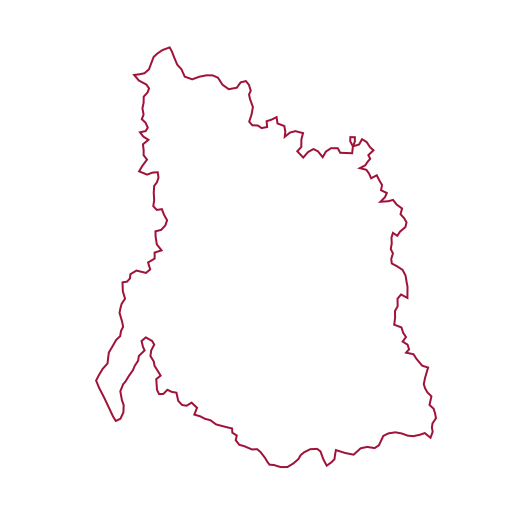 Tamarana, Paraná, Brazil (Mercator projection), rotated 266°
{"feature_id": "56859067B49132852367712", "entity_name": "Tamarana", "entity_type": "district", "adm_level": 2, "iso_a3": "BRA", "parent_name": "Brazil", "parent_adm1": "Paraná", "projection": "mercator", "projection_center": [-51.042, -23.816], "detail": "fine", "context": "isolated", "style": "outline", "palette": "rose", "viewbox_px": 512, "rotation_deg": 266, "n_neighbors": 0, "source": "geoboundaries", "source_scale": "gbopen_adm2", "svg_char_len": 3647}
<svg xmlns="http://www.w3.org/2000/svg" viewBox="0 0 512 512"><g transform="rotate(266 256 256)"><path d="M102.1,183.4L99.9,189.3L97.2,193.6L95.4,199.0L90.8,204.4L87.6,213.8L85.6,220.1L81.3,220.1L78.3,224.3L73.7,222.9L68.8,226.2L67.2,230.8L63.3,238.5L63.2,243.7L59.9,247.0L54.0,250.9L50.3,252.7L46.9,254.9L46.3,259.1L43.7,265.9L43.3,272.6L46.4,278.7L50.5,284.2L54.2,286.6L56.9,290.4L59.5,296.7L59.3,303.6L56.5,306.7L48.8,308.9L41.9,311.9L44.8,316.6L47.8,320.1L52.3,321.0L56.8,322.2L53.3,331.1L51.0,339.5L56.9,347.0L57.8,353.6L56.1,361.0L58.7,365.5L67.6,370.4L69.8,375.7L70.4,382.7L68.8,389.0L66.2,394.8L65.3,400.3L66.2,406.9L67.6,412.0L62.5,417.4L68.3,420.0L72.6,419.5L76.7,420.4L81.6,424.2L86.4,423.7L91.3,422.5L95.3,418.7L103.8,421.2L108.1,417.4L112.1,415.5L116.4,414.4L122.8,416.2L132.7,419.9L135.0,414.1L142.5,408.7L147.0,406.3L149.1,399.0L152.2,402.2L157.0,401.0L160.4,396.3L164.7,400.0L169.0,397.5L174.6,396.1L177.8,389.1L185.1,390.5L191.4,390.8L196.0,393.8L203.5,394.2L207.5,398.0L203.6,404.1L214.8,405.0L218.8,404.5L226.1,403.8L232.0,401.2L235.9,396.0L239.1,390.9L243.6,390.7L249.1,392.8L253.5,390.9L259.0,392.3L264.8,392.4L269.5,394.2L266.3,398.4L270.1,401.2L274.5,407.1L279.1,408.5L283.4,406.4L287.6,403.1L293.2,405.0L297.5,399.9L302.4,396.6L301.4,391.7L301.4,383.9L305.6,388.7L309.7,390.9L312.9,385.3L318.0,386.7L323.1,384.2L328.1,382.1L325.5,376.3L330.2,374.6L334.3,372.1L336.4,365.7L338.8,371.3L342.2,373.9L345.0,376.7L348.8,375.1L353.3,380.6L356.5,377.4L362.0,374.3L365.1,369.9L360.1,366.7L358.6,360.3L351.8,359.1L353.1,347.2L357.8,345.1L358.3,338.4L355.3,333.0L349.9,329.4L356.1,325.1L358.7,320.8L356.1,315.2L350.9,310.0L357.6,304.5L361.6,308.8L369.2,309.4L375.3,311.5L377.8,304.0L376.8,298.6L372.9,293.0L377.9,293.9L383.7,293.3L386.7,286.7L393.1,286.2L390.9,280.9L389.7,276.0L383.9,276.1L383.2,270.5L386.0,267.0L386.7,261.4L390.5,258.6L397.6,261.5L404.8,263.3L412.9,261.0L417.5,260.3L421.3,262.3L427.2,260.9L431.2,258.1L430.3,252.8L425.2,248.6L424.3,240.4L429.2,234.5L436.5,230.5L439.2,225.4L439.7,219.1L438.8,212.1L436.7,204.7L439.9,197.4L447.6,194.6L452.3,190.8L456.6,189.3L461.2,187.8L465.8,186.4L470.1,184.4L467.9,176.9L464.7,171.5L461.7,167.8L455.5,164.9L449.7,162.3L446.1,157.5L445.4,152.3L445.1,147.1L439.2,151.4L434.7,158.6L430.7,161.0L426.8,159.3L422.8,155.1L416.8,154.6L411.3,153.0L404.8,153.7L400.5,151.6L396.7,155.1L391.6,157.0L388.3,154.6L387.5,148.9L383.0,151.9L379.4,156.8L375.3,151.0L369.3,151.3L364.4,150.9L359.8,154.0L353.8,148.9L348.6,145.3L344.8,153.0L346.4,158.6L346.4,163.8L340.9,164.2L336.4,162.3L333.0,159.3L326.1,158.4L318.6,158.3L312.9,157.0L308.9,160.2L309.3,165.4L303.3,167.2L297.9,169.8L293.0,167.8L288.7,163.3L287.6,157.4L282.4,157.2L274.4,157.9L268.2,162.2L266.5,155.1L260.5,154.7L257.1,147.9L250.0,149.5L246.8,145.1L249.8,135.7L246.6,129.4L242.4,128.7L239.4,125.5L239.0,121.0L229.9,120.7L222.6,122.4L217.6,118.6L213.3,117.1L208.8,115.9L199.6,117.9L194.6,118.5L190.6,116.1L185.5,114.9L182.1,110.7L174.8,105.8L170.1,102.5L164.7,101.4L159.2,100.4L153.8,94.9L148.0,90.9L142.9,87.8L135.7,90.2L124.7,94.9L106.1,102.1L101.2,104.6L103.1,109.4L109.2,112.8L116.4,113.6L121.5,112.2L130.5,111.2L137.3,114.5L140.2,117.3L144.7,120.4L150.6,125.2L154.9,127.4L159.8,131.1L164.5,132.2L169.6,138.3L173.3,136.9L179.2,135.9L182.5,140.4L178.4,146.5L174.7,148.3L169.2,144.9L163.6,143.7L157.8,146.7L153.6,147.1L147.2,150.5L143.3,152.5L140.1,147.9L129.4,147.9L125.0,149.7L124.9,154.0L128.7,158.3L126.4,162.3L125.2,167.1L117.0,168.3L112.5,171.9L111.5,176.4L114.2,181.5L108.7,186.6L102.1,183.4ZM358.6,360.3L363.2,362.6L367.6,362.9L368.0,358.4L364.0,358.0L358.6,360.3Z" fill="none" stroke="#9f1239" stroke-width="2"/></g></svg>